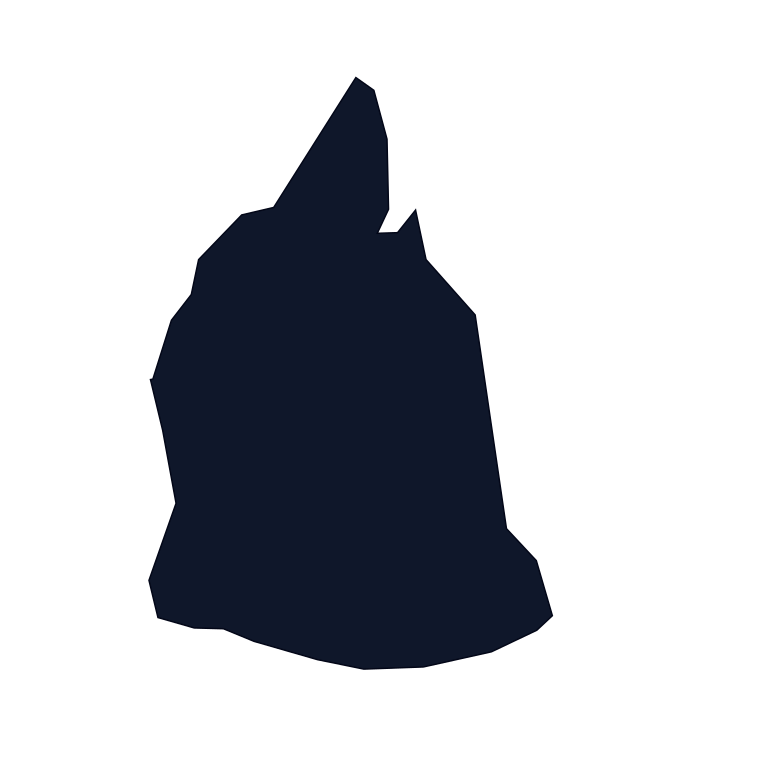 an SVG outline of Rutland, rotated 286°
{"feature_id": "GBR-2762", "entity_name": "Rutland", "entity_type": "Unitary Authority", "adm_level": 1, "iso_a3": "GBR", "parent_name": "United Kingdom", "parent_adm1": "", "projection": "robinson", "projection_center": [-0.637, 52.627], "detail": "fine", "context": "isolated", "style": "filled", "palette": "ink", "viewbox_px": 768, "rotation_deg": 286, "n_neighbors": 0, "source": "natural_earth", "source_scale": "10m", "svg_char_len": 565}
<svg xmlns="http://www.w3.org/2000/svg" viewBox="0 0 768 768"><g transform="rotate(286 384 384)"><path d="M323.9,158.3L325.0,160.5L386.7,162.1L416.9,174.1L452.5,171.5L507.3,200.6L523.3,229.3L670.8,272.5L663.5,293.3L620.2,319.4L553.2,340.2L527.0,336.0L533.2,355.3L559.9,366.4L559.3,366.7L515.2,390.1L475.5,452.6L278.7,541.6L256.2,579.1L207.7,609.7L189.5,598.8L156.2,561.1L122.9,499.9L104.4,443.2L100.7,396.1L100.8,330.1L104.5,297.1L97.2,268.8L97.2,231.1L130.5,212.2L212.0,217.0L278.5,184.0L323.9,158.3Z" fill="#0f172a" stroke="#020617" stroke-width="1.5"/></g></svg>